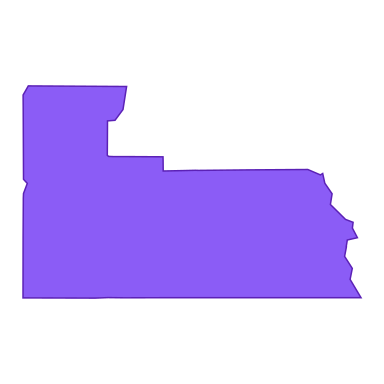 outline of Orange, Florida, United States of America
{"feature_id": "52423323B94983475607099", "entity_name": "Orange", "entity_type": "district", "adm_level": 2, "iso_a3": "USA", "parent_name": "United States of America", "parent_adm1": "Florida", "projection": "orthographic", "projection_center": [-81.268, 28.566], "detail": "fine", "context": "isolated", "style": "filled", "palette": "violet", "viewbox_px": 384, "rotation_deg": 0, "n_neighbors": 0, "source": "geoboundaries", "source_scale": "gbopen_adm2", "svg_char_len": 717}
<svg xmlns="http://www.w3.org/2000/svg" viewBox="0 0 384 384"><path d="M126.6,86.5L28.3,85.9L23.1,95.0L23.2,107.9L23.5,179.3L27.3,183.4L23.5,193.5L23.3,198.3L23.3,201.7L23.1,236.5L23.0,297.9L95.2,298.1L108.0,297.6L124.1,297.8L166.6,297.7L171.0,297.7L262.4,297.7L361.0,297.7L350.1,279.4L352.3,268.4L344.6,256.4L346.4,246.9L346.2,246.8L347.3,240.0L357.4,237.7L352.4,228.1L353.1,222.3L345.5,219.4L330.4,204.5L332.1,193.8L324.8,183.2L322.7,173.5L320.4,174.9L307.8,169.5L247.6,169.9L198.5,170.4L195.4,170.3L182.7,170.6L163.2,171.0L163.1,160.3L163.0,156.8L126.2,156.6L113.4,156.6L108.6,156.4L107.3,155.3L107.4,140.7L107.5,120.9L115.0,120.3L123.0,109.5L126.6,86.5Z" fill="#8b5cf6" stroke="#5b21b6" stroke-width="1.5"/></svg>